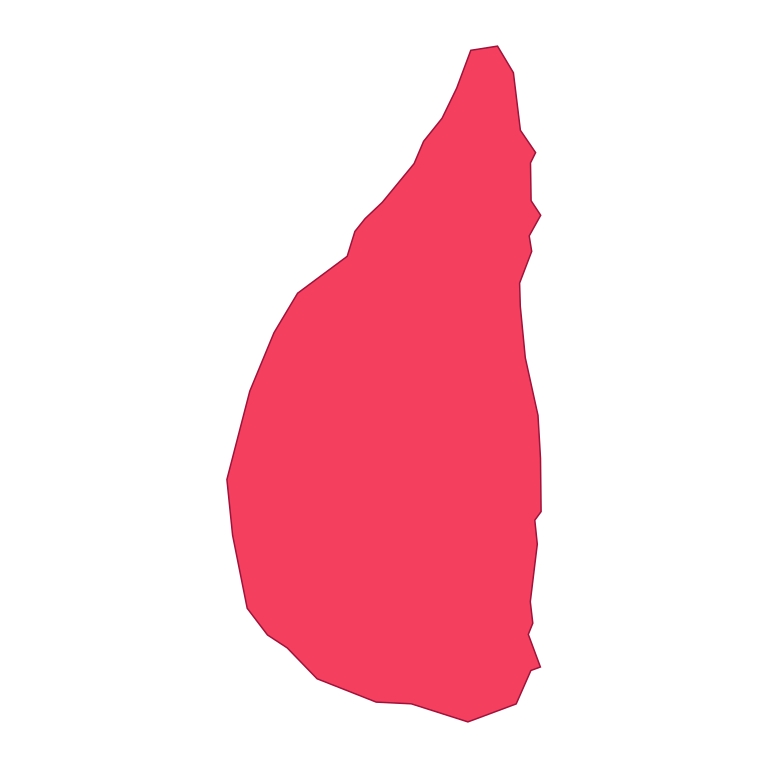 the district of Kuttu, Federated States of Micronesia
{"feature_id": "79324940B89701258705978", "entity_name": "Kuttu", "entity_type": "district", "adm_level": 2, "iso_a3": "FSM", "parent_name": "Federated States of Micronesia", "parent_adm1": "", "projection": "equal_earth", "projection_center": [153.459, 5.455], "detail": "fine", "context": "isolated", "style": "filled", "palette": "rose", "viewbox_px": 768, "rotation_deg": 0, "n_neighbors": 0, "source": "geoboundaries", "source_scale": "gbopen_adm2", "svg_char_len": 668}
<svg xmlns="http://www.w3.org/2000/svg" viewBox="0 0 768 768"><path d="M520.3,306.3L519.6,283.1L531.7,251.4L529.2,235.9L540.7,215.3L531.1,200.7L530.5,162.9L535.6,152.6L520.4,130.3L513.4,72.7L497.5,46.1L470.8,50.3L456.7,88.1L442.1,118.2L423.6,141.3L414.1,163.6L382.3,202.3L365.1,218.6L354.9,231.4L347.2,256.3L297.6,293.2L274.0,332.7L249.8,391.1L226.9,479.5L232.6,535.3L247.2,608.3L267.5,635.0L287.2,647.9L317.1,678.8L376.2,702.1L411.2,703.8L467.9,721.9L516.2,703.9L530.9,670.5L540.4,667.0L528.3,634.4L532.8,623.2L530.3,601.7L537.3,544.2L534.8,520.2L541.1,511.6L540.5,458.3L538.0,415.4L525.3,357.8L520.3,306.3Z" fill="#f43f5e" stroke="#9f1239" stroke-width="1.5"/></svg>